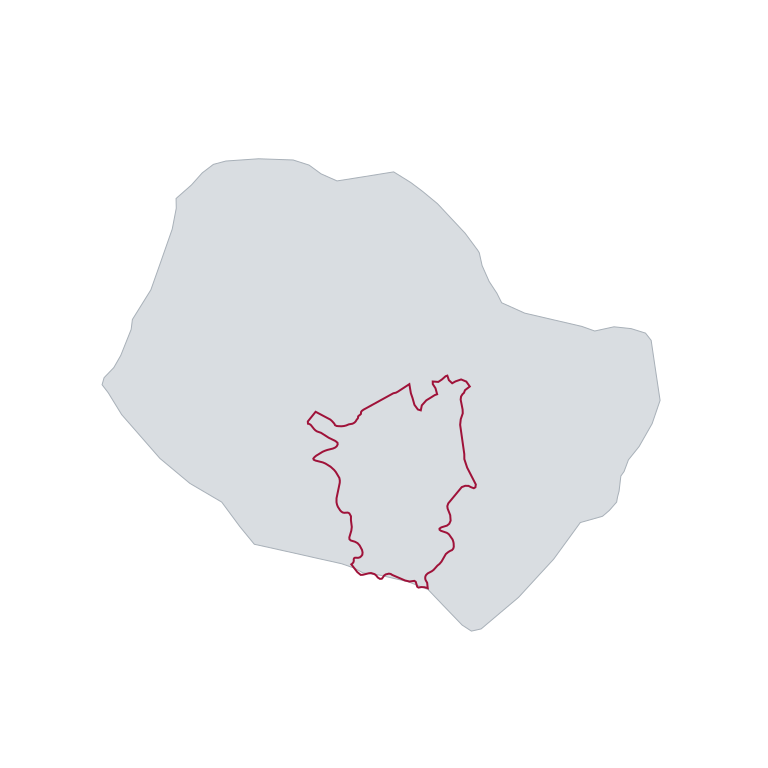 where Maseru sits in Lesotho, rotated 251°
{"feature_id": "LSO-1203", "entity_name": "Maseru", "entity_type": "District", "adm_level": 1, "iso_a3": "LSO", "parent_name": "Lesotho", "parent_adm1": "", "projection": "mercator", "projection_center": [27.777, -29.596], "detail": "fine", "context": "in_parent", "style": "outline", "palette": "rose", "viewbox_px": 768, "rotation_deg": 251, "n_neighbors": 0, "source": "natural_earth", "source_scale": "10m", "svg_char_len": 3588}
<svg xmlns="http://www.w3.org/2000/svg" viewBox="0 0 768 768"><g transform="rotate(251 384 384)"><path d="M500.1,509.8L479.8,516.2L477.0,516.8L464.0,515.3L446.7,516.8L433.0,520.3L422.5,521.7L405.2,540.1L373.9,590.0L365.5,600.5L363.2,620.1L355.9,635.7L347.0,647.8L338.3,650.8L312.1,645.9L278.6,639.7L259.2,624.6L241.8,604.8L232.7,590.4L223.1,582.5L219.9,578.0L206.2,571.4L201.1,568.0L196.6,565.5L191.1,555.9L187.8,547.6L189.1,524.5L179.5,510.8L163.1,487.3L152.7,468.0L138.5,441.8L129.8,419.3L120.8,396.1L121.9,386.2L130.6,379.4L155.8,367.7L175.4,358.7L189.4,342.1L204.8,317.5L212.2,302.7L219.6,295.9L227.8,285.5L242.0,262.4L257.8,236.8L274.7,209.2L296.0,201.3L325.2,192.1L353.2,168.1L386.6,147.9L440.4,126.0L465.5,120.4L475.1,117.2L481.1,121.4L487.5,133.9L496.7,144.4L517.9,162.7L526.9,167.1L548.9,194.2L572.3,212.8L599.4,234.2L617.8,244.8L627.1,247.8L634.9,266.8L642.8,280.9L647.2,294.2L646.3,307.1L637.8,338.7L625.4,371.0L615.4,384.4L603.2,392.9L591.3,405.7L586.7,431.7L581.4,462.2L565.8,474.9L553.7,483.1L537.0,493.3L500.1,509.8Z" fill="#d9dde1" stroke="#a8b0b8" stroke-width="1"/><path d="M186.7,349.6L188.0,348.6L188.9,343.9L191.4,339.9L200.8,329.6L202.2,328.5L203.1,326.9L203.4,323.6L202.8,321.6L201.5,320.0L200.6,318.5L201.1,316.7L203.1,315.1L205.2,314.4L207.3,313.2L209.5,310.2L210.0,307.9L210.5,301.9L211.1,299.8L214.9,297.5L224.1,294.4L224.2,294.9L225.2,296.8L225.9,297.4L226.7,297.9L227.9,298.2L228.7,298.7L229.1,299.3L229.2,300.0L228.1,302.9L228.0,303.7L228.0,304.9L228.6,306.4L229.6,307.9L231.7,308.9L234.3,309.2L239.3,308.4L242.1,307.2L244.3,305.2L246.9,301.6L248.5,300.8L250.3,301.3L255.9,305.3L259.3,307.0L266.0,308.4L269.7,309.7L273.0,309.1L274.2,307.9L274.7,306.2L275.1,304.6L275.9,303.2L277.1,302.2L278.8,301.4L282.9,300.4L285.2,300.3L287.7,300.6L291.4,301.9L305.0,310.0L307.1,310.8L309.7,311.2L316.4,309.8L318.9,308.9L323.1,306.6L327.8,302.8L329.8,300.6L333.9,294.3L335.3,292.9L336.5,292.9L337.5,294.5L338.3,296.6L339.9,303.9L340.1,306.4L340.1,309.0L339.6,314.7L339.8,317.1L340.5,319.0L341.9,320.5L343.6,320.9L345.9,319.5L351.1,314.3L358.4,308.5L360.9,305.3L362.4,304.1L364.2,303.2L369.0,301.5L369.9,300.9L370.7,300.1L371.2,299.2L372.4,299.5L373.4,299.8L380.0,310.3L367.8,321.7L365.6,322.9L362.7,324.1L361.0,324.3L359.7,325.6L358.7,327.8L357.8,330.3L357.3,332.5L357.1,334.9L357.3,337.5L356.7,341.3L357.1,343.5L357.9,345.1L359.2,346.6L359.8,347.7L360.4,348.4L361.8,349.0L362.3,350.1L362.7,351.4L363.2,352.4L365.0,353.2L365.8,354.3L366.4,356.3L372.2,389.8L371.9,392.5L372.3,394.8L375.6,407.9L366.5,406.4L361.4,406.4L354.4,406.0L348.9,407.7L347.1,410.2L351.5,412.8L354.8,418.7L355.9,423.7L357.0,428.4L357.0,430.9L363.2,431.3L368.0,430.1L370.5,430.9L368.3,436.0L369.4,440.2L371.3,444.8L371.3,446.6L366.5,446.6L362.5,448.7L363.2,452.5L363.2,458.4L359.5,462.6L353.7,464.3L351.8,458.6L349.6,456.7L348.8,454.9L347.1,452.8L344.3,451.4L334.2,450.0L330.6,448.9L325.7,445.1L320.6,442.7L291.6,437.1L286.8,435.5L277.9,435.4L259.1,438.1L256.6,436.8L256.2,435.0L258.0,432.8L260.2,430.7L261.3,427.6L261.2,423.9L250.2,405.9L247.9,404.1L245.5,403.6L238.4,403.9L233.1,402.5L230.6,400.2L229.6,397.4L229.8,391.5L229.2,389.4L228.1,389.1L226.7,390.0L222.9,394.9L221.9,395.7L220.6,396.5L214.7,398.2L212.5,398.2L210.8,398.0L207.4,397.0L205.8,395.9L204.8,394.2L204.7,392.4L204.2,390.1L203.1,387.1L197.4,380.6L195.8,377.9L194.9,375.4L192.1,370.4L191.4,368.2L190.7,363.7L189.7,361.6L188.6,360.5L187.2,359.8L185.7,359.5L184.5,359.6L182.0,360.1L177.3,359.0L176.7,358.9L177.2,358.3L178.7,356.0L179.8,353.3L180.3,350.3L181.5,349.4L186.7,349.6Z" fill="none" stroke="#9f1239" stroke-width="2"/></g></svg>